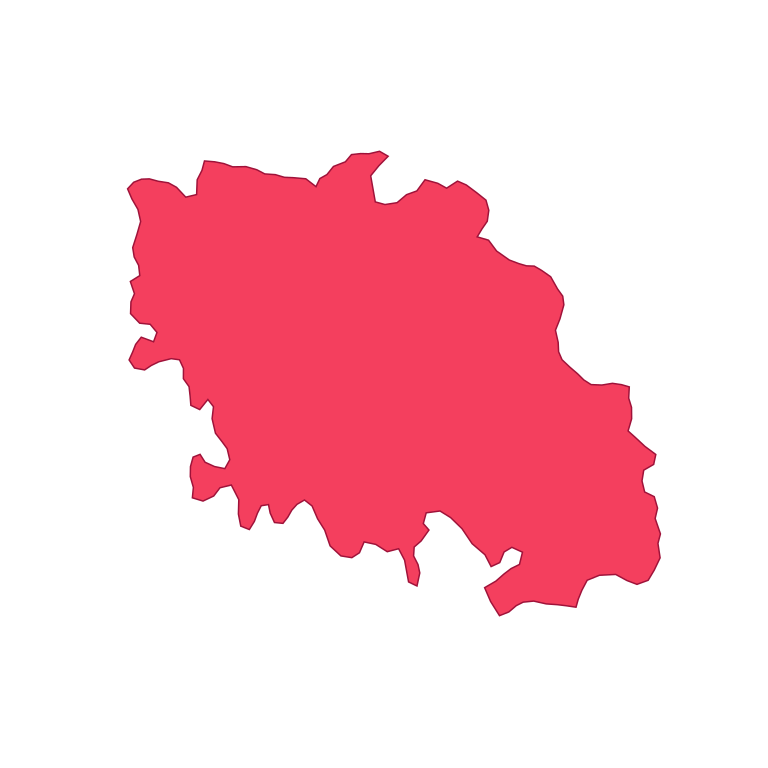 Lagoa Santa, Minas Gerais, Brazil, rotated 160°
{"feature_id": "56859067B90713755743742", "entity_name": "Lagoa Santa", "entity_type": "district", "adm_level": 2, "iso_a3": "BRA", "parent_name": "Brazil", "parent_adm1": "Minas Gerais", "projection": "natural_earth1", "projection_center": [-43.878, -19.626], "detail": "fine", "context": "isolated", "style": "filled", "palette": "rose", "viewbox_px": 768, "rotation_deg": 160, "n_neighbors": 0, "source": "geoboundaries", "source_scale": "gbopen_adm2", "svg_char_len": 2751}
<svg xmlns="http://www.w3.org/2000/svg" viewBox="0 0 768 768"><g transform="rotate(160 384 384)"><path d="M225.3,521.9L231.4,531.9L238.6,542.9L245.5,549.5L258.2,546.6L264.8,554.2L275.6,561.9L287.1,554.2L298.1,554.2L309.7,549.9L321.7,552.3L329.9,558.1L325.3,584.2L314.1,590.9L302.2,596.6L308.6,604.2L319.4,605.5L327.1,608.5L336.1,610.7L344.3,606.0L357.1,605.7L366.0,600.3L374.0,599.0L380.4,592.7L387.3,603.6L398.9,609.0L406.9,612.3L414.5,617.9L424.2,622.2L430.2,628.8L439.4,635.5L451.9,639.8L459.1,645.9L467.1,650.7L476.4,655.0L482.0,647.0L489.7,639.8L495.3,626.1L506.4,627.4L511.7,639.8L517.8,646.8L526.9,651.8L534.3,657.0L541.8,659.4L550.2,659.2L558.2,655.1L557.6,644.2L555.5,632.2L557.1,619.9L565.2,608.8L573.5,598.1L575.3,588.8L574.0,579.4L576.4,569.4L587.3,567.1L587.6,554.2L593.7,547.7L598.1,536.8L592.8,524.7L583.3,520.1L579.7,510.1L586.1,502.5L596.1,511.0L603.8,506.2L609.2,500.1L615.3,493.8L613.0,484.3L604.1,479.1L596.4,481.0L588.0,481.9L575.3,480.6L567.9,476.7L567.1,467.3L570.7,457.6L568.1,448.2L570.4,438.7L572.8,430.0L565.9,423.0L554.8,429.7L552.0,421.0L557.4,410.2L559.2,395.4L556.0,385.4L553.5,376.9L554.8,365.6L562.5,358.9L571.5,364.4L578.9,371.7L580.9,380.8L588.4,380.6L594.1,372.6L597.7,363.2L598.5,352.0L603.0,342.6L594.1,335.9L582.3,337.0L573.6,342.6L562.0,341.3L560.0,325.0L565.3,311.6L567.2,299.4L560.3,293.3L552.8,299.2L547.1,305.9L541.0,311.6L533.8,310.2L535.1,301.6L534.3,291.3L526.6,287.6L519.9,291.8L513.8,297.0L506.9,300.7L498.4,302.2L493.3,294.0L492.5,280.0L489.7,267.0L490.0,250.3L483.3,237.2L473.6,231.8L464.8,233.8L456.7,242.4L446.6,236.1L438.3,225.3L426.6,224.2L424.9,211.4L428.6,189.6L422.1,182.9L415.0,194.2L413.8,202.7L415.0,212.3L411.4,220.5L402.8,223.8L391.7,231.4L394.8,239.4L388.4,248.5L374.8,245.5L367.1,235.7L360.2,221.4L355.8,203.8L347.5,189.0L345.8,175.8L336.3,176.6L328.6,185.1L319.7,186.8L311.4,178.6L318.4,168.1L327.7,167.1L336.3,164.4L346.3,160.5L359.1,158.2L358.2,143.1L354.7,126.8L344.6,127.1L335.5,130.5L327.8,131.4L317.6,128.8L306.8,121.9L296.5,117.3L288.8,113.4L279.9,108.6L275.1,115.3L268.6,122.5L260.2,130.1L247.0,130.6L231.4,125.8L222.9,116.2L214.8,109.2L202.9,109.2L193.7,116.7L184.0,126.2L181.1,140.5L175.5,148.6L175.2,164.9L169.4,173.8L168.6,185.7L176.0,193.4L174.7,204.7L169.4,214.2L158.1,216.2L152.7,224.8L160.2,236.2L165.8,247.2L170.7,256.4L163.2,266.6L159.4,277.4L158.9,287.0L154.5,297.4L161.1,302.2L169.1,306.5L179.6,308.5L189.6,312.6L194.8,319.4L198.4,327.0L203.7,336.5L208.4,345.9L208.9,354.6L206.1,363.5L204.5,375.9L196.4,385.0L187.9,396.9L186.0,405.4L188.4,413.9L190.7,427.8L197.1,436.9L202.5,443.4L209.7,446.3L216.1,451.0L223.8,457.6L232.7,470.4L236.6,483.4L246.1,490.4L238.9,496.2L231.3,501.6L226.1,511.4L225.3,521.9Z" fill="#f43f5e" stroke="#9f1239" stroke-width="1.5"/></g></svg>